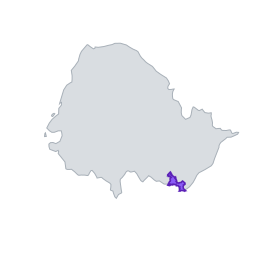 Ou Reang, Môndól Kiri, Cambodia shown in context, rotated 43°
{"feature_id": "14789045B75407950785126", "entity_name": "Ou Reang", "entity_type": "district", "adm_level": 2, "iso_a3": "KHM", "parent_name": "Cambodia", "parent_adm1": "Môndól Kiri", "projection": "mercator", "projection_center": [107.115, 12.328], "detail": "fine", "context": "in_parent", "style": "filled", "palette": "violet", "viewbox_px": 256, "rotation_deg": 43, "n_neighbors": 0, "source": "geoboundaries", "source_scale": "gbopen_adm2", "svg_char_len": 6689}
<svg xmlns="http://www.w3.org/2000/svg" viewBox="0 0 256 256"><g transform="rotate(43 128 128)"><path d="M211.9,55.8L212.4,57.7L211.0,61.2L209.6,64.4L206.8,67.2L206.7,69.3L205.7,75.4L206.1,77.4L206.7,79.0L207.6,79.9L210.0,85.9L212.2,91.4L214.3,95.9L214.7,98.7L212.7,105.8L210.4,112.4L210.6,115.7L211.6,119.0L212.7,123.3L213.1,128.9L212.5,132.5L211.5,134.8L209.5,137.1L207.7,138.3L205.7,136.3L204.0,136.2L201.8,136.8L200.1,137.7L196.5,141.1L192.6,144.4L187.1,145.3L185.0,147.7L182.7,148.1L178.4,148.2L175.6,148.8L175.7,150.0L175.5,155.8L175.6,157.2L175.1,157.5L173.2,157.7L169.9,156.8L165.4,155.4L162.2,155.2L160.6,157.7L159.6,158.7L158.4,158.8L157.2,159.3L156.7,160.4L156.6,161.8L157.2,164.2L157.5,168.1L157.3,170.7L158.5,172.3L165.3,177.9L167.3,179.3L167.5,180.1L166.4,183.1L167.4,187.4L165.3,187.3L161.7,185.5L160.0,184.4L157.9,185.3L157.2,185.1L155.8,183.0L154.0,180.9L152.1,180.7L148.1,181.6L144.1,182.1L142.5,182.1L141.9,182.5L139.5,185.7L138.6,185.2L134.5,183.9L130.7,183.5L130.0,184.3L130.4,186.9L131.2,189.4L130.7,190.5L128.7,191.8L126.0,194.2L124.3,196.1L123.2,196.5L119.0,196.4L114.9,196.7L113.3,198.4L111.7,199.8L110.4,200.2L105.0,195.8L94.4,194.3L93.2,192.4L92.2,192.0L91.2,194.5L85.3,196.9L82.9,195.5L81.1,193.7L81.3,191.6L83.0,189.8L85.9,188.6L87.3,184.2L85.1,178.6L83.1,176.9L81.1,175.6L78.9,177.7L77.1,181.3L75.2,183.1L72.5,183.6L68.6,183.4L67.1,178.1L66.6,173.5L67.1,168.2L67.7,165.1L64.0,160.8L63.7,156.7L61.9,154.6L61.4,155.7L61.4,156.9L60.9,156.0L55.0,144.0L54.0,138.5L55.0,134.2L55.6,132.7L53.9,130.5L51.5,127.9L47.2,124.5L46.9,119.2L46.0,112.9L44.7,110.8L42.7,106.9L41.7,103.7L41.3,95.2L41.8,94.5L44.9,94.3L48.7,93.7L49.4,92.3L48.7,91.2L51.2,89.3L54.7,85.0L57.5,80.6L59.5,77.8L60.6,75.1L64.6,71.2L70.2,68.4L73.9,67.8L77.8,66.9L81.5,65.6L83.3,65.4L88.0,67.0L90.5,67.4L93.1,67.4L95.8,67.6L98.2,67.4L103.9,66.3L109.9,67.2L115.3,66.5L122.0,65.2L125.3,66.0L128.2,67.3L128.7,69.9L129.3,71.1L130.3,72.0L131.7,72.0L133.4,70.2L134.8,68.3L135.2,68.0L135.3,68.9L136.0,70.9L137.3,72.9L138.6,74.2L140.7,76.0L142.1,76.1L146.7,74.4L153.5,76.8L154.3,78.0L156.5,80.5L158.9,82.2L164.2,82.4L166.1,78.0L165.2,75.4L162.2,70.8L161.3,68.1L162.3,67.6L167.5,67.1L168.3,66.6L169.4,63.6L170.8,63.9L173.7,64.3L176.7,62.3L178.5,60.1L179.5,61.1L180.5,62.6L181.7,63.5L183.9,64.8L186.3,66.6L187.7,68.4L188.9,69.0L192.0,68.6L192.8,68.6L194.6,66.5L195.8,65.3L196.9,65.6L198.4,65.6L201.6,62.8L203.4,60.3L204.4,59.6L207.3,60.9L208.4,60.6L210.1,57.2L211.9,55.8ZM65.1,171.0L64.5,171.3L64.0,171.3L63.4,170.8L63.4,168.9L63.9,167.7L64.8,167.5L65.1,171.0ZM74.0,189.9L72.8,191.2L70.9,188.6L70.9,187.8L74.0,189.9Z" fill="#d9dde1" stroke="#a8b0b8" stroke-width="1"/><path d="M196.1,142.7L196.3,142.6L196.5,142.5L196.4,142.4L196.5,142.3L196.6,142.0L196.7,141.9L196.8,141.9L196.7,141.8L196.8,141.8L196.8,141.6L197.0,141.6L197.3,141.5L197.5,141.4L197.1,141.1L197.3,141.0L197.2,141.0L197.3,140.9L197.3,140.7L197.5,140.9L197.7,141.0L197.9,141.0L198.0,140.8L198.0,140.6L198.0,140.4L198.1,140.1L198.3,140.0L198.4,139.9L198.5,139.8L198.5,139.7L198.6,139.8L198.7,139.7L198.8,139.7L199.0,139.4L199.1,139.5L199.2,139.4L199.4,139.3L199.4,139.1L199.4,138.9L199.5,138.8L199.4,138.7L199.6,138.6L199.6,138.4L199.6,138.2L199.8,138.1L199.9,137.9L199.9,137.7L200.1,137.7L200.3,137.7L200.6,137.6L200.8,137.4L200.8,137.5L200.9,137.4L201.0,137.3L201.1,137.2L201.1,137.3L201.1,137.1L201.3,137.1L201.5,137.0L201.8,137.0L202.1,137.0L202.3,137.1L202.6,137.0L202.6,136.9L202.8,136.8L202.8,136.7L203.0,136.7L203.3,136.5L203.4,136.4L203.4,136.5L203.7,136.1L203.8,136.1L204.1,136.2L204.3,136.1L204.6,136.0L204.8,136.0L205.0,135.9L205.1,136.0L205.3,136.3L205.6,136.1L205.9,136.1L206.1,135.8L206.3,136.1L206.5,136.3L206.9,136.5L207.2,136.8L207.3,136.9L207.2,137.1L207.4,137.1L207.4,137.4L207.6,137.5L207.6,137.8L207.9,138.3L208.5,138.8L208.5,139.0L208.6,138.9L209.1,138.8L209.2,138.4L209.3,138.2L209.2,137.9L209.3,137.8L209.4,137.7L209.4,137.4L209.5,137.3L209.8,137.2L210.0,137.0L210.2,136.9L210.2,136.7L210.3,136.6L210.7,136.4L211.3,136.2L211.6,136.0L211.8,135.7L212.0,135.6L212.2,135.4L212.3,135.5L212.4,135.4L212.5,135.2L212.7,135.3L212.8,134.9L212.8,134.7L212.7,134.6L212.8,134.5L209.8,134.5L208.1,133.1L208.1,132.9L207.9,132.6L207.9,132.2L207.9,131.9L207.6,131.8L207.7,131.7L207.7,131.4L207.6,131.2L207.8,130.9L207.7,130.9L207.7,130.7L207.5,130.4L207.4,130.3L207.4,130.2L207.5,130.1L207.7,129.9L207.5,129.7L207.4,129.7L207.3,129.4L206.3,129.5L205.5,129.4L204.5,129.5L204.1,129.5L203.9,130.3L204.1,130.5L204.0,131.2L204.1,131.5L203.8,131.6L203.7,131.9L203.5,132.1L203.4,132.3L203.2,132.4L203.1,132.8L202.9,133.0L203.0,133.2L202.6,133.5L202.5,133.9L202.3,134.1L201.8,134.1L201.5,134.3L201.3,134.3L201.2,134.7L200.9,134.5L200.7,134.5L200.7,134.4L200.7,134.2L200.8,134.1L200.5,134.2L200.4,134.2L200.2,134.2L200.3,134.1L200.2,134.1L199.8,134.0L199.8,133.9L199.7,133.8L199.8,133.8L199.7,133.7L199.4,133.5L199.4,133.3L199.3,133.2L199.2,133.2L198.9,133.0L198.7,133.0L198.3,133.0L198.3,132.9L198.1,132.9L197.9,132.8L197.9,132.7L197.9,132.8L197.7,132.7L197.6,132.8L197.5,132.7L197.4,132.5L197.4,132.3L197.4,132.2L197.2,132.1L196.8,132.1L196.9,131.9L196.7,131.7L196.6,131.8L196.5,131.7L196.3,131.7L196.2,131.6L196.1,132.5L195.7,132.2L195.4,132.2L195.3,132.3L194.9,132.2L194.7,132.4L194.3,132.4L194.2,132.3L193.8,132.4L193.8,132.5L193.7,132.6L193.4,132.6L193.0,132.7L192.8,132.6L192.7,132.7L192.7,132.8L192.6,132.6L192.4,132.8L192.2,132.7L192.2,132.9L192.0,133.0L191.9,132.9L191.7,132.8L191.6,132.7L191.6,132.8L191.4,132.8L191.4,132.6L191.2,132.8L191.0,132.5L190.8,132.5L190.7,132.3L190.5,132.2L190.4,132.3L190.3,132.1L190.2,132.2L189.9,132.1L189.9,131.9L189.7,132.0L189.7,131.9L189.4,131.7L189.5,131.5L189.4,131.5L189.3,131.4L189.2,131.5L189.0,131.4L189.0,131.5L188.9,131.6L188.9,135.2L189.0,135.3L189.0,135.2L189.1,135.3L189.1,135.2L189.4,135.1L189.5,135.2L189.7,135.3L189.7,135.2L189.8,135.2L189.8,135.3L189.9,135.2L189.9,135.3L190.0,135.2L190.1,135.3L190.2,135.5L190.3,135.5L190.3,135.4L190.5,135.2L190.7,135.4L190.8,135.3L191.0,135.4L191.1,135.2L191.1,135.3L191.3,135.1L191.5,135.2L191.9,135.1L192.1,135.0L192.1,134.9L192.3,134.8L192.5,134.9L192.5,134.7L192.7,134.8L192.8,134.7L193.0,134.7L193.3,134.7L193.2,134.9L193.3,135.1L193.2,135.3L193.1,135.5L193.3,135.8L193.3,136.0L193.2,136.1L193.3,136.3L193.5,136.5L193.7,136.8L193.8,136.8L194.1,137.1L194.3,137.2L194.4,137.3L194.6,137.5L194.8,137.4L195.2,138.1L195.1,138.4L195.0,138.6L195.0,138.8L194.9,138.9L194.9,139.0L195.0,139.3L195.1,139.6L195.2,139.8L195.3,140.1L195.5,140.2L195.3,140.6L195.3,140.8L195.6,140.8L195.8,140.9L196.0,140.9L196.0,141.1L196.0,141.3L196.0,141.5L196.1,141.8L196.1,142.0L195.9,142.2L196.1,142.5L196.1,142.7Z" fill="#8b5cf6" stroke="#5b21b6" stroke-width="1.5"/></g></svg>